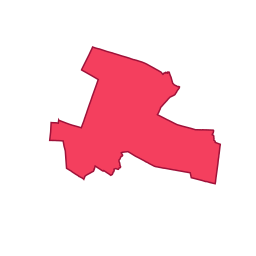 outline of Singureni, Giurgiu, Romania, rotated 244°
{"feature_id": "2599482B21174600796262", "entity_name": "Singureni", "entity_type": "district", "adm_level": 2, "iso_a3": "ROU", "parent_name": "Romania", "parent_adm1": "Giurgiu", "projection": "equal_earth", "projection_center": [25.934, 44.23], "detail": "fine", "context": "isolated", "style": "filled", "palette": "rose", "viewbox_px": 256, "rotation_deg": 244, "n_neighbors": 0, "source": "geoboundaries", "source_scale": "gbopen_adm2", "svg_char_len": 5404}
<svg xmlns="http://www.w3.org/2000/svg" viewBox="0 0 256 256"><g transform="rotate(244 128 128)"><path d="M88.4,203.8L88.7,203.7L91.9,197.7L92.8,195.9L93.8,194.1L93.8,193.8L94.6,192.3L95.0,191.5L95.2,191.1L95.8,190.0L96.3,189.0L96.8,188.0L96.9,187.8L97.1,187.6L99.7,184.8L100.5,183.9L101.3,182.9L101.7,182.5L103.9,179.9L104.2,179.6L104.5,179.2L106.3,177.1L106.8,176.6L108.3,174.9L109.2,173.9L109.4,173.7L109.5,173.6L112.3,171.4L112.6,171.2L117.5,167.5L117.9,167.1L120.9,164.9L123.7,162.8L124.9,161.9L125.7,161.3L126.2,160.9L127.1,160.3L127.5,160.9L128.1,161.7L128.2,161.9L128.5,162.4L128.8,162.6L129.1,163.0L130.5,164.6L131.0,165.3L131.4,165.7L132.2,166.3L132.6,167.6L132.9,168.2L133.8,170.4L134.3,171.5L134.5,172.2L134.9,173.2L135.2,173.8L135.5,174.8L136.4,176.7L136.7,177.6L137.3,179.1L137.3,179.5L137.3,180.3L137.3,181.6L137.3,183.5L137.4,184.6L137.6,185.1L138.3,186.0L138.6,186.8L138.8,187.2L139.4,187.7L139.7,188.3L140.5,189.6L140.7,190.1L141.0,190.7L141.3,191.3L141.6,191.6L142.0,192.0L142.3,192.3L142.6,192.2L143.1,191.8L143.1,191.1L143.3,190.9L144.4,190.1L144.9,189.8L145.3,189.4L145.7,189.1L146.4,188.6L146.7,188.4L147.5,188.2L148.0,188.0L148.5,187.8L150.3,188.1L153.1,188.6L154.6,188.9L156.5,189.0L159.6,189.3L159.8,189.5L160.0,189.5L160.2,189.4L160.4,189.2L160.5,188.8L160.9,188.2L160.7,187.9L160.4,187.9L160.1,187.8L159.9,187.6L160.0,187.4L160.3,187.1L161.4,186.5L161.5,186.3L161.6,186.1L161.5,185.8L161.1,185.5L161.0,185.3L161.2,185.1L161.5,184.9L161.6,184.7L161.6,184.4L161.5,184.2L161.3,183.9L160.9,183.2L160.9,182.9L163.9,182.1L164.7,181.5L166.1,180.6L168.2,179.1L175.5,174.0L176.8,173.1L177.0,173.0L179.1,171.3L181.2,169.4L182.6,167.9L185.0,165.4L185.5,164.8L186.9,163.2L187.2,162.7L187.7,162.2L187.9,162.0L188.1,161.9L188.4,161.5L190.1,159.9L191.4,158.5L192.1,157.8L195.4,154.1L199.2,150.1L200.4,148.8L201.4,147.7L202.1,147.1L203.9,145.0L204.5,144.3L206.2,142.4L207.5,141.1L211.6,136.9L212.4,135.8L212.7,135.5L214.2,133.8L215.9,132.1L216.0,132.0L216.1,131.9L216.3,131.8L216.1,131.4L215.4,130.7L212.7,127.3L210.9,125.1L204.1,116.2L200.8,111.9L200.5,111.7L197.5,113.8L191.4,118.0L191.1,118.2L187.5,120.6L184.6,122.5L180.5,118.4L177.0,114.8L173.2,110.9L172.7,110.4L172.4,110.0L170.8,108.5L168.3,106.0L166.4,104.0L161.4,99.0L158.9,96.6L158.3,95.9L157.5,95.1L156.5,94.2L156.2,93.8L155.4,93.0L154.4,92.1L153.3,91.0L150.8,88.3L149.7,87.2L148.7,86.1L151.1,83.5L154.2,80.0L154.7,79.4L157.0,77.0L159.0,75.1L159.4,74.7L165.3,69.2L165.5,69.2L162.9,67.4L164.1,65.8L166.2,61.9L166.6,61.3L158.3,56.7L151.2,52.2L148.6,57.3L147.9,58.5L147.3,59.7L145.8,62.4L145.1,63.5L144.8,64.0L141.9,63.2L139.9,62.6L137.3,62.1L134.9,61.6L118.7,55.1L114.1,58.1L113.0,58.6L109.1,60.9L108.4,61.4L106.8,62.4L106.5,62.6L106.1,62.6L105.9,62.7L105.7,63.0L105.3,63.3L103.5,64.6L103.3,64.8L102.5,65.2L101.7,65.7L101.3,65.8L101.5,66.0L102.7,67.4L103.0,67.5L103.4,68.0L103.5,68.3L103.6,68.7L103.8,69.3L103.9,69.8L104.0,72.0L104.1,74.3L104.2,75.5L104.3,78.0L105.9,79.5L105.7,79.6L108.2,81.8L107.1,82.5L106.2,83.0L102.2,85.4L101.2,86.0L100.6,86.4L100.2,86.8L100.1,87.0L100.3,87.3L100.4,87.5L100.2,87.7L99.6,88.0L97.0,89.5L95.6,90.4L93.0,91.8L93.1,92.6L93.2,92.8L93.2,93.1L93.1,93.5L93.7,94.2L94.1,94.7L94.4,94.9L94.6,95.1L94.8,95.2L94.9,95.4L94.9,95.5L94.9,95.8L94.9,96.0L95.0,96.1L95.2,96.3L95.7,96.7L96.0,97.0L96.5,97.2L96.9,97.2L97.0,97.3L97.2,97.5L97.0,98.4L97.0,98.9L96.8,99.4L96.6,99.5L96.3,99.8L96.0,100.1L95.8,100.3L95.5,100.6L95.2,100.9L95.2,101.0L95.1,101.3L95.3,101.5L95.4,101.8L95.8,102.3L95.9,102.5L96.0,102.7L96.0,102.8L95.9,103.1L95.8,103.3L95.8,103.6L95.9,103.8L96.1,104.1L96.3,104.3L96.6,104.4L97.0,104.4L97.5,104.4L98.0,104.3L98.3,104.6L99.1,104.8L99.5,104.9L100.2,105.2L101.4,105.2L101.6,105.2L103.0,105.8L103.3,106.1L103.4,106.4L103.4,106.5L103.4,106.8L103.5,107.0L103.9,107.4L104.0,107.6L104.2,107.8L104.4,108.0L104.6,108.2L104.9,108.5L105.0,108.7L105.1,108.8L105.2,109.1L105.2,109.3L105.4,109.6L105.5,109.7L105.5,109.8L105.3,109.9L105.3,110.1L105.3,110.4L105.5,110.8L105.6,111.0L105.9,111.2L106.3,111.3L106.9,111.2L108.6,111.0L108.7,111.5L108.7,112.1L107.9,114.5L106.8,117.5L106.7,117.7L105.9,118.2L104.7,119.0L101.2,121.2L100.1,121.9L99.3,122.4L97.1,124.1L93.1,127.0L91.5,128.2L90.0,129.1L89.8,129.2L89.4,129.6L89.1,129.8L88.9,130.0L88.4,130.5L87.5,131.0L87.0,131.3L86.6,131.6L86.2,131.9L85.4,132.5L85.0,132.8L83.5,133.9L83.1,134.2L83.0,134.3L82.5,134.6L81.9,135.1L81.7,135.4L81.1,136.0L80.2,137.3L78.8,139.1L78.0,140.2L77.7,140.6L77.3,141.1L76.5,142.1L76.0,143.0L75.0,144.4L70.8,150.1L70.6,150.4L70.4,150.6L69.7,151.7L69.1,152.5L68.9,152.7L68.9,152.8L68.4,153.4L65.6,157.3L63.5,160.1L62.4,161.7L62.2,161.9L60.5,164.3L55.6,163.1L53.4,165.7L48.2,171.8L47.9,172.1L46.1,174.0L45.9,174.3L45.6,174.6L45.4,175.2L45.4,175.3L44.6,176.1L44.1,176.7L43.7,177.1L43.5,177.3L42.8,178.3L42.7,178.2L39.7,181.9L41.6,183.3L43.3,184.3L43.5,184.5L44.8,185.3L45.8,186.0L47.9,187.4L56.9,193.4L57.4,193.7L57.9,194.0L59.5,195.0L61.4,196.3L62.1,196.8L64.1,198.0L64.6,198.4L68.0,200.6L69.9,201.8L71.3,202.7L71.8,203.1L72.9,203.8L73.8,202.9L76.7,200.2L76.8,200.1L77.0,200.2L77.5,200.4L77.9,200.4L78.0,200.4L78.5,200.3L78.7,200.2L79.4,199.8L80.4,200.4L80.7,200.6L81.1,200.7L82.2,201.1L82.7,201.4L83.3,201.5L83.6,201.5L83.8,201.6L84.0,201.5L84.2,201.4L84.9,200.9L85.0,200.8L85.3,201.0L85.6,201.3L86.2,202.2L86.3,202.5L86.6,202.7L87.1,203.1L87.5,203.4L88.0,203.7L88.4,203.8Z" fill="#f43f5e" stroke="#9f1239" stroke-width="1.5"/></g></svg>